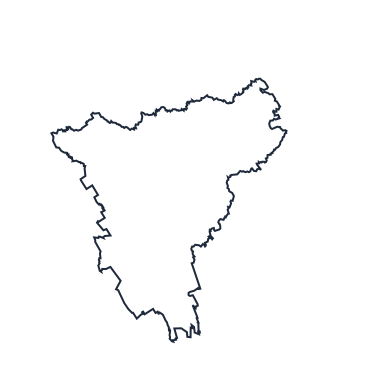 outline of Tlalixcoyan, Veracruz, Mexico, rotated 148°
{"feature_id": "50627088B62084484750594", "entity_name": "Tlalixcoyan", "entity_type": "district", "adm_level": 2, "iso_a3": "MEX", "parent_name": "Mexico", "parent_adm1": "Veracruz", "projection": "equal_earth", "projection_center": [-96.202, 18.773], "detail": "fine", "context": "isolated", "style": "outline", "palette": "slate", "viewbox_px": 384, "rotation_deg": 148, "n_neighbors": 0, "source": "geoboundaries", "source_scale": "gbopen_adm2", "svg_char_len": 6043}
<svg xmlns="http://www.w3.org/2000/svg" viewBox="0 0 384 384"><g transform="rotate(148 192 192)"><path d="M287.3,75.1L287.2,76.6L283.8,75.2L283.5,76.5L282.1,76.1L279.3,85.6L273.3,82.1L270.6,75.8L272.7,71.6L270.2,69.6L265.0,77.6L264.0,76.6L262.8,79.4L261.8,76.4L264.2,71.4L261.5,67.7L260.8,70.0L259.8,68.8L259.3,69.8L260.0,70.7L255.9,77.9L256.9,79.1L255.7,78.1L254.9,82.5L254.0,82.3L251.4,95.7L250.4,91.6L249.2,92.9L247.4,92.5L246.7,93.9L246.0,104.0L248.8,104.9L249.5,106.3L249.3,106.9L248.3,108.3L246.5,108.3L242.6,107.1L237.7,107.3L238.0,106.3L236.2,105.6L230.0,131.7L228.1,131.2L225.7,133.3L225.6,136.1L224.1,135.9L224.4,138.2L224.0,139.8L222.6,141.0L223.2,142.0L222.8,144.1L220.8,145.7L219.6,144.9L217.3,145.6L214.2,143.0L213.4,141.0L210.3,142.1L209.6,140.3L209.8,138.9L209.4,138.9L208.3,139.7L207.9,142.1L205.0,141.6L203.2,143.6L201.7,143.6L201.6,145.1L200.7,144.6L200.0,141.2L198.8,141.7L199.7,145.4L199.3,145.3L198.2,148.7L197.3,148.8L197.6,149.6L196.9,150.6L196.2,149.9L194.8,150.5L192.6,149.9L193.4,147.7L193.2,146.9L188.4,145.7L187.3,146.1L186.1,148.1L185.5,150.3L185.9,150.6L185.7,152.5L184.3,153.5L182.3,154.0L180.0,151.7L177.7,153.2L177.0,152.6L176.5,153.6L175.9,153.2L172.8,154.6L172.2,154.2L171.2,158.1L169.7,158.6L169.3,160.3L168.1,159.2L164.9,161.6L164.4,163.6L163.4,164.1L162.2,163.0L158.6,166.4L158.4,169.9L160.0,172.8L159.2,175.2L159.8,176.7L158.3,178.2L157.7,181.4L156.1,183.0L154.6,183.1L153.7,185.6L153.4,184.8L151.8,184.5L150.9,184.9L150.8,185.6L149.6,185.6L144.3,183.0L140.0,184.3L138.7,182.7L137.6,182.6L136.2,180.5L134.2,180.1L133.2,178.6L131.6,178.7L129.4,180.4L128.6,180.3L128.2,176.9L126.5,175.6L124.8,176.7L123.3,176.6L121.6,174.2L122.3,180.2L122.1,181.8L120.1,180.8L119.5,181.9L119.2,180.9L118.1,181.1L117.3,180.1L116.4,180.5L114.7,179.3L114.6,178.4L113.4,178.2L111.9,179.2L111.6,181.3L109.9,181.0L108.3,183.3L105.5,181.9L105.0,182.9L103.3,182.4L103.2,183.0L101.3,183.3L100.0,184.5L99.2,183.8L97.2,184.8L95.2,184.4L92.1,185.7L90.7,187.4L87.9,188.4L85.9,190.4L84.7,190.1L82.3,192.4L80.8,192.1L80.4,193.3L79.5,193.7L80.1,195.0L82.3,195.8L83.2,199.4L82.9,200.4L85.2,202.2L90.7,203.0L91.3,204.2L91.2,206.6L90.3,209.1L87.8,211.0L85.6,209.8L83.6,210.6L82.8,209.2L78.7,208.1L79.0,209.4L78.2,209.8L78.1,211.8L81.4,212.9L80.4,215.0L80.9,216.2L80.5,217.4L79.8,217.8L78.9,216.1L77.8,215.4L76.4,217.7L74.9,216.0L72.7,217.5L72.6,218.4L72.1,218.2L72.1,223.9L73.4,225.5L72.0,226.9L72.0,232.4L74.4,233.7L75.0,235.5L77.5,238.5L79.3,238.6L80.0,242.0L79.2,243.4L76.9,240.4L73.5,239.8L72.0,240.8L72.0,246.8L73.8,250.3L74.0,251.8L75.2,252.6L76.4,252.5L77.7,253.8L79.0,253.5L79.4,252.2L79.8,252.8L80.9,252.5L83.0,254.7L84.1,252.5L84.9,252.4L85.3,250.9L87.1,252.4L88.7,252.1L88.9,250.8L90.1,250.4L90.3,251.4L91.7,251.6L92.1,251.0L93.7,252.5L94.4,252.1L94.6,250.5L95.6,250.2L95.8,249.3L99.0,248.9L100.1,249.1L100.1,250.7L100.8,249.9L102.3,250.2L103.1,252.0L104.3,251.6L105.0,250.3L106.4,250.4L108.5,247.9L108.5,246.8L111.2,246.5L112.3,247.0L112.4,247.9L114.0,247.7L115.5,249.2L115.9,252.5L116.4,253.0L117.5,252.3L118.8,254.7L120.8,256.3L121.3,258.4L124.7,258.6L124.7,261.2L127.8,264.1L127.9,266.0L132.6,265.5L134.2,266.7L135.4,265.1L137.8,265.5L139.8,267.2L142.2,267.5L143.0,269.5L143.3,268.2L145.5,269.8L147.6,268.7L147.6,270.7L148.2,270.8L149.7,269.9L150.2,267.9L151.7,267.6L152.1,265.5L153.4,265.0L153.9,266.2L155.0,266.7L155.9,265.4L156.8,267.7L157.4,266.9L160.4,268.0L160.6,269.0L161.8,269.4L162.0,270.8L164.7,272.4L165.8,271.6L167.0,272.2L167.7,271.7L168.1,273.3L170.2,273.3L170.0,274.8L171.1,275.2L170.5,277.4L171.2,279.2L173.1,280.1L175.1,279.2L176.5,279.4L176.8,278.5L177.5,278.7L178.2,280.4L178.9,279.1L179.7,280.1L181.7,276.6L182.3,277.5L181.9,278.8L182.8,277.4L182.9,279.3L184.9,278.7L188.0,280.1L188.8,281.7L190.7,282.4L191.3,284.8L192.6,286.2L193.4,285.6L194.1,282.4L197.1,279.1L198.3,278.5L200.3,279.2L202.0,277.6L203.9,279.1L205.2,277.8L205.7,275.7L207.2,277.0L208.0,275.7L209.3,277.6L211.6,277.4L212.6,280.9L213.6,282.3L215.6,282.2L215.8,283.7L217.1,284.5L217.4,286.7L218.3,287.4L218.2,288.2L219.8,289.4L219.8,290.6L221.0,291.9L222.4,292.8L222.9,295.0L224.3,293.9L225.3,294.3L225.6,296.1L226.3,296.5L226.3,298.1L227.6,300.3L227.9,302.6L229.2,303.7L229.0,308.2L233.3,310.2L234.0,311.7L236.5,311.0L236.6,307.2L239.2,306.9L240.5,307.7L244.3,306.8L244.3,307.3L245.3,306.8L245.3,304.7L251.4,304.5L252.8,303.7L256.0,304.4L257.3,306.1L259.6,306.5L260.2,308.5L261.1,309.1L261.0,311.6L261.7,312.4L262.5,311.8L263.5,313.0L263.9,311.5L264.5,312.5L265.2,310.8L267.1,311.8L267.4,310.6L269.3,311.9L268.9,312.9L269.4,314.3L271.1,314.5L272.4,315.7L275.7,313.3L278.4,316.1L280.1,316.3L280.2,312.3L282.7,309.1L283.5,301.8L281.3,300.0L281.1,296.2L279.4,293.1L277.6,291.6L276.7,292.0L277.9,290.5L277.2,289.8L277.7,289.7L277.3,289.1L277.7,288.9L277.4,288.4L278.0,287.0L277.2,285.8L276.5,286.5L276.1,285.9L276.7,285.7L276.4,284.4L275.7,284.4L276.4,283.0L276.2,281.7L276.9,281.3L273.3,279.7L272.2,277.5L271.1,276.8L271.1,275.5L270.2,275.4L268.9,273.1L270.0,271.3L268.8,270.6L270.6,268.9L273.9,262.1L279.7,261.9L280.0,260.5L279.9,250.4L273.1,250.5L273.3,239.3L277.6,239.3L278.2,234.0L277.6,230.9L276.6,230.9L276.7,229.7L275.8,229.6L275.9,228.4L275.4,228.4L275.4,226.0L276.6,226.0L276.5,224.6L275.9,224.6L275.9,222.6L279.7,223.0L279.7,216.3L287.2,216.2L287.3,217.0L288.8,216.4L287.4,206.5L284.2,205.9L284.2,198.3L289.3,200.9L291.6,200.7L291.6,200.0L293.7,202.9L294.7,203.6L295.7,202.6L299.0,205.3L299.5,202.6L300.5,201.0L301.0,190.0L302.6,188.7L304.7,184.3L305.7,185.0L307.1,183.6L307.1,182.2L308.2,181.4L308.2,180.4L310.4,179.3L312.0,174.0L311.3,172.5L311.1,173.5L309.7,173.5L308.9,174.3L305.8,172.3L300.9,171.7L299.6,154.5L307.9,149.8L306.6,147.8L308.3,133.7L308.0,126.3L306.8,121.1L306.0,120.8L305.9,113.9L300.1,115.1L298.3,114.6L298.0,116.5L296.9,116.5L296.9,113.4L287.0,113.5L287.0,108.7L284.6,108.7L285.0,105.8L284.0,107.4L283.4,107.2L281.7,103.4L282.5,97.1L282.3,94.7L283.2,91.9L283.3,89.7L284.7,87.1L283.8,87.1L284.0,86.0L287.0,82.3L287.4,80.6L288.7,79.4L288.1,76.0L287.3,75.1Z" fill="none" stroke="#1e293b" stroke-width="2"/></g></svg>